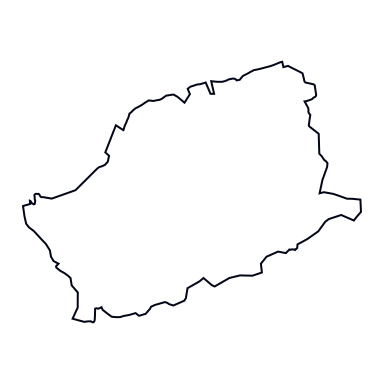 Biriniwa, Jigawa, Nigeria (Natural Earth projection)
{"feature_id": "59680162B74336355497846", "entity_name": "Biriniwa", "entity_type": "district", "adm_level": 2, "iso_a3": "NGA", "parent_name": "Nigeria", "parent_adm1": "Jigawa", "projection": "natural_earth1", "projection_center": [10.065, 12.817], "detail": "fine", "context": "isolated", "style": "outline", "palette": "ink", "viewbox_px": 384, "rotation_deg": 0, "n_neighbors": 0, "source": "geoboundaries", "source_scale": "gbopen_adm2", "svg_char_len": 3500}
<svg xmlns="http://www.w3.org/2000/svg" viewBox="0 0 384 384"><path d="M23.0,206.0L24.5,216.4L26.2,223.8L28.9,227.3L34.0,231.2L40.6,238.4L46.0,244.1L49.9,250.4L51.0,256.7L53.6,261.1L58.5,263.7L56.0,266.3L56.4,267.7L60.4,270.9L64.4,273.1L68.0,275.7L70.5,278.0L71.7,285.4L77.8,292.5L77.7,304.3L77.7,307.6L75.7,311.9L72.6,318.7L84.4,321.9L86.1,321.6L87.5,321.4L90.7,321.3L92.4,322.2L93.6,322.2L94.5,320.8L94.8,319.0L95.0,314.4L95.1,308.7L96.5,308.2L97.7,308.7L99.7,308.2L100.7,307.6L101.5,307.2L101.7,307.8L102.7,309.9L107.8,313.9L110.3,315.7L111.6,316.7L115.4,317.1L120.1,317.1L123.9,315.9L129.1,315.0L135.6,313.1L139.0,315.8L145.7,313.8L150.1,308.7L150.9,306.9L151.0,306.8L154.8,305.0L164.9,302.1L167.5,302.9L168.8,304.0L173.3,305.5L184.3,300.7L185.9,298.1L187.5,288.2L199.5,281.4L203.5,278.0L211.6,285.0L214.6,286.5L229.4,278.0L240.0,275.4L252.5,275.7L261.9,272.5L260.9,263.7L266.5,256.7L278.1,251.6L285.9,253.1L289.4,249.5L289.9,249.8L290.1,249.8L290.5,249.7L291.0,249.6L291.6,249.5L292.3,249.3L293.9,249.6L295.0,250.0L295.2,249.7L295.4,249.2L295.6,249.2L296.1,249.1L296.8,248.4L297.2,247.9L297.5,244.5L297.5,244.4L302.7,241.6L307.4,239.0L318.3,231.3L325.3,221.7L328.9,219.0L341.2,215.0L353.9,220.5L354.9,219.1L357.4,216.0L358.9,214.3L361.0,211.8L360.4,199.6L352.4,198.8L347.3,198.7L346.4,198.5L339.2,195.9L333.3,193.9L323.9,192.2L319.6,193.3L322.4,180.1L327.1,167.0L327.5,163.2L326.3,161.6L324.0,159.7L321.9,156.4L319.3,153.7L318.7,133.8L309.3,126.4L309.0,126.0L309.0,125.8L309.0,125.7L308.9,125.4L308.8,125.1L308.9,124.3L310.3,114.8L309.0,113.3L308.4,111.9L308.5,110.2L308.2,108.0L304.6,101.4L306.6,101.1L310.3,99.8L312.1,99.1L313.2,97.9L315.5,96.6L316.2,95.2L315.0,87.1L314.7,85.2L314.4,84.8L313.1,84.2L305.4,82.5L304.4,81.3L303.7,77.9L302.5,73.3L300.3,72.1L292.3,68.1L291.2,67.5L290.4,67.1L289.4,66.6L288.8,66.3L288.4,66.1L288.1,65.9L283.4,67.1L282.9,64.9L282.2,61.8L280.2,62.3L273.1,65.2L270.1,66.2L267.4,66.9L260.7,68.7L258.2,69.3L254.0,70.1L251.4,71.4L250.7,71.8L247.9,73.4L247.5,73.6L242.8,76.0L239.7,79.8L236.7,80.4L235.8,79.4L234.5,78.7L234.4,78.7L234.2,78.7L233.9,78.6L233.7,78.6L232.6,78.6L229.1,79.3L227.4,80.1L227.1,80.3L226.9,80.3L225.0,81.1L222.1,81.8L220.7,81.8L220.3,81.8L217.3,81.8L211.2,81.2L214.1,93.8L210.5,93.8L205.7,82.5L202.1,83.6L201.3,83.9L199.7,84.3L197.5,84.4L195.6,85.0L194.5,85.4L193.2,85.8L191.6,86.3L190.7,86.6L190.1,87.0L189.9,87.1L189.3,87.5L188.0,88.6L187.9,88.6L187.7,88.8L189.9,94.2L184.5,102.7L177.6,96.9L173.7,94.6L172.0,94.7L167.3,95.5L166.5,95.5L166.4,95.5L164.0,97.2L161.2,99.2L159.1,99.9L157.1,100.2L156.9,100.2L153.9,100.9L151.7,100.8L148.8,100.4L145.3,102.5L142.0,104.8L140.8,105.5L139.6,106.2L138.0,107.1L135.5,108.3L133.3,110.1L132.6,110.8L131.6,111.9L131.5,112.0L131.4,112.0L131.2,112.2L130.0,113.2L129.5,113.8L129.4,113.8L129.2,114.6L128.7,116.4L128.6,116.7L128.6,116.8L128.6,117.0L128.5,117.3L127.8,118.9L126.9,120.6L126.7,121.3L126.7,121.5L126.6,121.8L126.5,122.1L125.4,124.3L124.5,126.4L123.5,130.1L123.4,130.2L115.9,125.3L105.3,152.4L109.1,155.8L108.5,158.3L107.8,161.7L104.9,164.9L102.1,166.2L99.0,167.2L97.1,168.7L75.5,190.2L51.8,198.6L45.2,197.5L42.9,197.1L41.2,197.1L40.5,196.6L40.1,195.9L39.6,195.0L38.7,193.9L38.2,193.8L37.2,194.0L36.1,193.8L35.3,194.0L34.9,194.4L34.4,195.1L34.4,195.9L34.7,196.8L34.7,198.1L34.7,199.2L35.2,200.7L35.0,202.5L34.9,202.8L34.6,204.1L33.9,204.3L32.7,203.7L32.2,203.4L31.9,203.3L31.5,202.7L31.2,202.2L30.9,201.6L30.5,201.1L29.9,200.8L30.1,204.0L23.0,206.0Z" fill="none" stroke="#020617" stroke-width="2"/></svg>